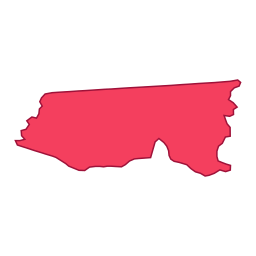 the district of Guarujá do Sul, Santa Catarina, Brazil
{"feature_id": "56859067B52966542395998", "entity_name": "Guarujá do Sul", "entity_type": "district", "adm_level": 2, "iso_a3": "BRA", "parent_name": "Brazil", "parent_adm1": "Santa Catarina", "projection": "robinson", "projection_center": [-53.479, -26.4], "detail": "fine", "context": "isolated", "style": "filled", "palette": "rose", "viewbox_px": 256, "rotation_deg": 0, "n_neighbors": 0, "source": "geoboundaries", "source_scale": "gbopen_adm2", "svg_char_len": 1318}
<svg xmlns="http://www.w3.org/2000/svg" viewBox="0 0 256 256"><path d="M17.4,145.0L34.9,150.7L41.5,152.7L45.5,154.0L52.5,156.1L56.0,157.4L65.8,163.6L68.7,166.1L73.1,167.9L79.0,170.3L84.7,170.5L89.5,167.1L95.4,166.4L100.0,166.4L103.6,166.8L107.2,166.2L111.2,166.2L115.8,166.5L121.5,166.8L125.4,164.6L129.5,161.0L134.4,158.9L138.5,158.5L150.6,157.6L155.1,141.9L158.9,138.5L163.9,142.5L166.8,146.2L168.6,150.7L169.1,155.5L170.8,159.1L174.1,161.3L179.2,162.4L183.2,163.6L186.8,164.7L190.9,168.6L195.4,171.8L200.5,173.3L205.1,176.0L209.0,175.3L214.3,173.3L219.8,169.9L225.6,171.6L230.3,170.1L230.5,165.4L226.2,164.1L221.7,162.4L218.1,160.9L216.9,156.5L216.9,151.2L218.5,146.2L222.3,143.3L225.4,137.0L230.2,136.2L230.1,127.4L227.0,123.7L225.4,119.3L224.1,115.5L229.7,116.3L233.5,114.5L233.4,109.5L237.1,107.1L233.2,102.7L228.5,99.6L230.5,95.7L230.5,91.6L234.3,87.8L239.1,86.1L240.6,82.4L237.7,80.0L230.2,81.3L214.1,82.6L198.6,83.5L188.7,84.2L182.0,84.6L171.2,85.4L145.6,86.9L129.6,87.8L120.1,88.4L111.6,89.0L104.9,89.3L91.5,90.2L85.3,90.6L78.1,91.0L69.6,91.6L57.9,92.3L52.1,92.7L45.1,94.0L41.5,97.9L39.8,101.7L42.2,106.1L39.4,109.0L38.9,113.8L36.5,118.1L31.9,117.0L26.8,120.8L29.3,124.4L26.0,129.3L21.2,130.6L21.6,135.7L24.8,139.3L19.9,140.6L15.4,140.6L17.4,145.0Z" fill="#f43f5e" stroke="#9f1239" stroke-width="1.5"/></svg>